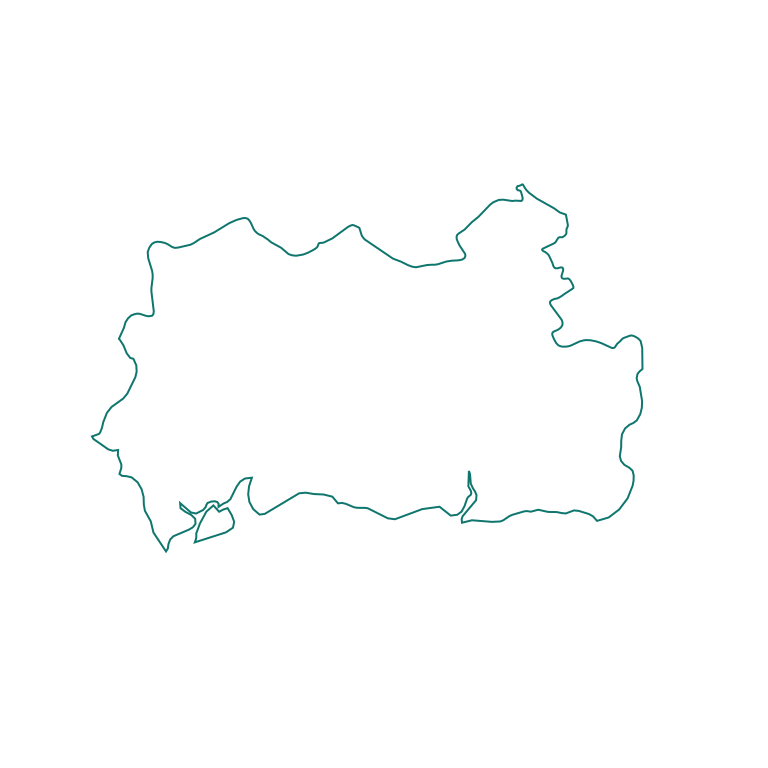 Esmeraldas, Albers equal-area conic projection, rotated 202°
{"feature_id": "ECU-1335", "entity_name": "Esmeraldas", "entity_type": "Province", "adm_level": 1, "iso_a3": "ECU", "parent_name": "Ecuador", "parent_adm1": "", "projection": "albers", "projection_center": [-79.299, 0.692], "detail": "fine", "context": "isolated", "style": "outline", "palette": "teal", "viewbox_px": 768, "rotation_deg": 202, "n_neighbors": 0, "source": "natural_earth", "source_scale": "10m", "svg_char_len": 5135}
<svg xmlns="http://www.w3.org/2000/svg" viewBox="0 0 768 768"><g transform="rotate(202 384 384)"><path d="M523.4,147.1L542.1,159.9L548.8,169.3L558.2,176.9L561.5,182.2L564.6,189.3L569.4,195.7L575.7,200.6L583.1,202.9L588.1,202.1L592.6,200.7L595.6,201.5L596.1,207.7L597.4,211.0L604.0,218.0L605.8,223.2L610.4,220.5L615.2,220.1L632.9,224.2L635.1,226.0L629.5,231.0L629.0,233.3L629.1,237.8L630.0,243.4L630.1,253.5L628.0,260.7L620.4,272.7L618.4,278.9L617.1,297.2L618.0,302.9L620.7,308.6L621.9,309.7L625.8,313.5L629.0,313.1L634.1,316.1L639.9,322.1L645.1,325.8L646.7,326.6L646.2,338.6L646.8,344.5L645.9,349.1L644.0,353.0L641.3,355.4L639.2,356.8L636.6,357.6L630.6,358.0L627.6,358.6L624.6,360.4L624.0,362.3L624.7,365.2L634.3,382.6L635.6,385.8L638.1,395.3L639.5,398.8L641.3,401.9L649.8,412.4L652.5,417.8L652.7,422.2L651.8,426.6L650.3,428.9L647.8,430.8L644.7,431.9L640.2,432.7L636.9,432.6L631.9,431.7L629.1,431.8L626.1,433.3L615.8,440.5L613.3,443.2L608.9,449.6L598.2,461.0L587.8,475.1L582.3,480.8L577.0,484.9L574.9,485.9L572.4,486.2L570.5,485.4L567.9,483.6L563.2,479.1L561.1,477.6L558.3,476.4L555.6,475.9L552.1,475.8L545.6,474.4L541.7,473.1L530.5,471.8L521.2,468.7L517.4,468.9L513.5,470.0L507.5,473.7L503.9,477.0L500.0,481.5L498.1,484.1L497.2,486.0L497.1,487.7L497.2,489.7L496.7,490.5L493.0,492.4L486.5,499.6L476.2,516.2L474.3,518.4L472.8,519.6L471.0,519.9L465.4,519.6L460.3,513.4L458.7,512.2L456.0,510.8L422.6,503.6L414.0,503.8L406.6,503.2L401.9,503.3L398.1,504.2L389.0,510.2L385.7,511.9L381.6,513.6L378.8,515.3L372.1,520.9L367.4,523.7L361.2,526.6L358.2,528.6L356.5,531.0L356.5,533.2L357.5,535.0L365.8,540.7L368.7,543.3L370.9,545.7L371.9,547.8L372.0,549.6L371.0,551.7L367.1,557.4L363.2,566.9L359.1,574.3L352.8,590.0L350.8,593.4L346.5,597.7L342.4,599.6L333.7,601.7L330.9,603.2L325.2,605.2L324.6,606.7L325.3,608.7L328.7,613.2L329.8,614.1L330.7,614.2L331.6,614.0L332.6,613.8L333.9,614.5L334.6,615.6L334.3,617.5L332.7,618.5L331.6,619.6L330.6,620.9L329.7,620.8L326.6,618.4L324.1,616.9L320.8,615.5L311.6,613.1L292.1,610.6L285.3,608.9L278.8,609.2L273.4,600.8L272.7,599.2L272.8,596.6L272.7,595.5L271.5,592.5L271.3,591.5L271.5,590.4L272.0,589.2L272.5,588.3L273.2,587.4L273.8,586.8L274.5,586.5L275.8,586.1L276.3,585.8L276.7,585.4L277.1,584.8L277.3,584.2L277.6,582.7L277.9,580.5L278.3,579.2L279.2,577.9L287.6,568.8L287.7,568.3L287.7,567.7L287.1,567.2L286.1,566.9L283.9,566.7L281.9,566.2L279.4,565.1L273.3,559.4L271.2,556.9L269.8,555.8L268.5,555.5L266.6,556.2L264.1,558.1L263.1,558.6L262.3,558.7L261.5,558.4L260.9,557.7L260.4,555.9L259.9,550.6L259.3,549.5L258.4,548.8L256.7,548.9L255.8,549.3L254.5,549.9L253.8,550.4L252.8,550.8L251.2,550.5L249.5,549.5L246.0,546.5L244.8,545.1L244.4,543.9L244.8,543.1L250.8,534.5L252.2,532.2L253.9,529.9L255.4,528.3L257.7,526.8L259.7,524.8L260.4,523.7L260.7,522.9L260.8,522.2L260.5,521.4L259.9,520.6L258.6,519.4L243.5,510.2L242.5,509.2L241.6,508.0L241.1,506.9L240.7,505.7L240.8,504.4L241.0,503.3L241.4,502.2L241.9,501.2L243.2,499.3L246.5,495.9L246.8,495.3L247.0,494.7L246.9,494.2L246.8,493.5L246.4,492.7L245.7,491.8L243.1,489.2L239.9,486.6L238.5,485.9L236.8,485.2L234.8,485.1L232.4,485.5L228.7,487.1L226.7,488.4L225.1,489.7L218.4,496.9L215.0,499.4L213.1,500.4L209.0,501.9L203.1,503.0L197.7,503.3L186.9,502.8L185.9,502.9L185.0,503.2L184.4,503.6L183.9,504.2L183.6,505.0L182.9,508.5L181.1,512.1L180.0,515.0L179.2,516.2L178.1,517.3L176.6,518.6L175.5,519.7L173.4,521.4L172.3,521.8L171.0,522.0L169.0,522.0L166.7,521.7L164.4,521.0L162.2,520.0L158.1,514.2L150.0,494.8L150.0,494.7L151.9,491.1L152.7,488.2L152.0,484.2L150.1,481.4L145.8,477.2L138.2,464.7L136.0,458.4L135.1,452.0L136.0,444.9L138.2,441.3L141.1,438.2L143.8,433.2L144.5,426.5L142.7,420.0L140.5,414.5L138.3,405.3L135.4,401.5L130.9,399.1L125.2,398.3L121.1,396.7L118.3,392.9L116.4,387.9L115.4,383.0L115.3,369.3L118.9,355.8L125.7,344.4L135.2,336.9L140.6,339.6L145.3,340.2L155.9,339.3L160.6,337.9L166.9,332.1L171.2,330.8L175.8,330.0L183.8,326.9L193.9,325.2L199.9,320.7L203.9,319.7L206.2,318.5L216.0,310.8L218.3,308.4L222.3,302.4L224.7,300.1L232.3,296.6L251.4,290.6L259.7,284.6L261.4,287.9L261.6,290.8L255.1,310.8L256.6,315.6L259.3,318.4L262.6,320.7L266.2,324.1L270.5,332.7L272.7,335.2L267.5,320.8L263.4,317.4L262.1,315.3L262.1,313.5L263.7,310.6L264.0,308.8L263.6,300.8L264.3,294.7L267.1,290.2L272.8,287.0L286.5,291.0L301.6,282.4L323.2,262.7L330.1,260.9L352.5,262.7L355.3,262.0L362.6,259.1L365.7,258.5L374.4,258.6L378.4,258.0L382.0,256.1L389.7,260.2L398.7,258.9L407.8,255.7L415.9,253.9L421.8,250.8L445.9,218.9L450.5,216.3L458.4,219.0L464.6,224.2L468.6,230.8L470.8,238.6L471.4,247.6L477.5,244.3L480.8,239.6L482.2,233.6L483.3,219.6L485.2,215.9L488.1,213.0L491.4,208.1L492.5,210.9L494.3,212.1L496.9,211.9L500.1,210.3L503.0,207.6L503.4,205.4L503.3,202.8L504.5,199.4L509.7,193.5L515.0,192.6L528.4,197.2L526.1,192.6L520.4,191.1L513.7,190.4L508.6,188.3L506.4,183.8L507.5,179.6L510.3,175.9L522.2,164.0L524.0,159.8L523.9,154.9L522.8,150.6L523.4,147.1ZM500.1,166.3L500.2,169.3L500.6,171.5L502.1,175.2L502.4,185.9L500.9,199.1L496.7,207.5L489.0,203.8L486.0,207.4L482.5,210.3L476.1,205.4L471.3,200.1L470.2,194.2L474.9,187.3L500.1,166.3Z" fill="none" stroke="#0f766e" stroke-width="2"/></g></svg>